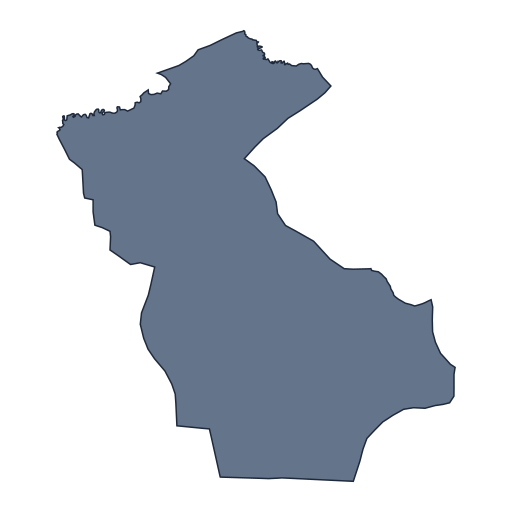 outline of Puncak, Papua, Indonesia
{"feature_id": "22746128B1222572676249", "entity_name": "Puncak", "entity_type": "district", "adm_level": 2, "iso_a3": "IDN", "parent_name": "Indonesia", "parent_adm1": "Papua", "projection": "albers", "projection_center": [137.288, -3.568], "detail": "fine", "context": "isolated", "style": "filled", "palette": "slate", "viewbox_px": 512, "rotation_deg": 0, "n_neighbors": 0, "source": "geoboundaries", "source_scale": "gbopen_adm2", "svg_char_len": 5018}
<svg xmlns="http://www.w3.org/2000/svg" viewBox="0 0 512 512"><path d="M171.3,383.1L171.8,384.1L175.2,394.0L175.9,403.7L175.9,404.0L176.9,425.8L203.5,428.4L209.4,428.9L211.6,438.5L220.2,477.0L220.8,477.1L260.2,478.3L268.5,478.6L276.9,478.2L282.0,477.9L290.9,478.3L321.8,479.8L353.3,481.3L359.8,461.4L360.3,459.6L361.7,454.0L363.1,448.8L366.9,438.4L374.6,430.2L382.8,421.9L387.6,418.8L392.7,415.4L403.6,409.3L413.5,407.7L424.1,408.2L424.9,408.3L435.3,405.5L438.3,405.1L443.0,404.4L449.6,402.8L453.9,396.2L454.0,388.5L454.0,374.3L455.1,367.4L450.4,364.3L447.0,360.5L443.4,356.5L441.5,354.4L440.6,353.5L435.4,342.2L433.8,336.2L432.6,331.8L432.5,328.5L432.4,323.8L432.3,320.2L432.4,315.9L432.7,306.9L431.1,299.7L428.5,300.9L424.9,302.7L422.5,303.7L418.0,305.1L414.7,306.0L410.8,304.6L405.3,303.2L401.4,300.9L398.6,299.3L395.9,297.3L393.8,295.4L393.1,292.7L390.8,288.8L390.3,286.3L387.1,281.4L386.2,278.9L383.5,276.3L381.7,274.3L378.4,271.8L374.2,271.1L371.6,270.4L370.9,268.6L369.8,268.8L353.0,269.2L344.2,268.7L331.2,259.9L330.1,259.2L313.6,241.2L295.6,231.0L285.5,225.5L277.6,213.7L276.1,202.0L273.2,194.8L271.4,190.2L265.1,176.9L254.2,165.9L244.3,158.7L254.9,147.0L263.2,138.7L275.4,129.8L277.2,128.5L288.0,118.3L300.1,110.7L304.7,107.6L317.2,99.2L324.9,92.8L330.9,86.0L322.6,77.2L317.4,68.6L315.6,69.3L313.8,69.0L312.7,68.1L312.2,67.2L311.6,65.7L310.5,64.3L308.7,63.4L307.3,63.5L303.2,63.8L301.7,63.5L300.9,63.6L299.7,64.0L298.7,64.3L297.4,65.2L296.3,66.0L294.9,65.9L294.1,65.8L291.7,65.6L290.8,64.9L290.0,64.3L289.6,64.0L289.1,64.0L288.7,64.3L288.2,64.2L287.8,63.9L287.7,63.2L287.4,63.1L287.0,63.5L286.1,63.9L285.3,64.6L284.8,64.7L284.5,64.2L284.8,63.3L284.6,62.8L284.4,62.2L284.2,61.3L283.8,61.3L283.3,61.8L282.8,62.4L282.4,63.0L281.7,63.0L281.1,62.8L281.6,61.9L281.2,60.8L280.9,60.7L279.8,60.8L279.3,61.0L278.7,61.5L277.9,61.4L277.9,62.3L277.6,62.7L277.0,62.9L276.1,62.2L276.0,61.5L275.2,61.0L274.2,62.1L274.3,63.0L273.0,63.6L272.2,63.3L272.7,62.6L272.8,61.9L272.0,61.7L271.8,62.1L271.5,62.8L270.7,62.8L269.9,62.1L269.1,60.7L268.7,60.3L268.2,59.1L267.9,58.9L266.5,59.6L266.0,59.5L264.9,59.1L263.6,59.2L263.2,58.7L263.3,58.3L263.7,57.9L264.7,58.3L265.2,57.8L265.1,57.5L264.3,56.2L263.9,55.9L263.2,55.9L263.1,55.5L263.5,55.2L264.5,54.9L264.6,54.2L264.5,53.6L264.1,52.9L262.9,52.4L262.5,52.0L262.0,50.8L261.7,50.1L261.3,49.9L259.6,50.4L259.0,50.3L258.1,49.9L257.6,49.3L257.6,49.0L258.1,48.7L259.6,48.3L261.3,47.6L262.1,47.1L262.1,46.8L261.7,46.6L260.3,46.2L259.1,46.1L258.5,46.3L258.1,47.0L257.7,47.2L257.4,47.1L257.3,46.6L257.5,45.6L257.1,44.7L256.9,43.7L256.9,43.2L258.0,42.6L258.4,42.0L258.1,41.8L257.6,41.9L256.8,41.7L256.4,40.6L255.9,40.2L255.5,40.3L254.6,40.2L254.0,39.9L252.8,39.9L251.9,39.0L250.6,38.9L249.1,38.3L248.1,37.8L247.4,36.8L246.2,36.4L245.9,35.7L245.8,34.5L245.0,34.2L244.7,33.4L244.9,32.5L244.5,31.1L243.7,30.7L243.0,31.2L242.6,31.4L236.3,32.9L221.5,39.8L210.2,45.4L205.0,47.3L198.1,49.8L193.8,55.8L185.7,61.5L178.9,65.5L166.5,69.9L157.4,73.1L161.4,74.6L165.2,77.1L165.7,77.5L170.6,83.8L168.8,86.6L168.6,89.6L166.3,91.2L162.5,91.0L160.8,93.8L157.1,93.1L154.0,94.4L150.9,94.6L148.6,93.5L148.2,89.9L145.6,91.7L144.0,92.7L141.9,95.0L140.1,96.5L140.9,98.9L140.8,101.6L139.2,102.8L137.2,102.2L135.2,102.7L135.1,104.5L135.1,105.1L133.9,108.1L130.3,109.8L127.6,111.1L126.1,110.3L124.7,109.6L122.5,109.6L120.3,109.9L119.5,107.0L118.7,106.9L118.3,106.8L117.4,106.8L117.0,107.5L117.0,108.3L117.4,109.3L117.4,111.0L116.6,112.2L116.5,112.3L114.7,113.2L113.0,113.2L111.6,112.8L110.4,112.3L109.3,112.1L107.8,112.2L105.7,112.4L104.8,112.9L104.7,113.6L104.4,114.4L102.8,114.8L102.2,113.6L102.6,112.5L104.0,111.6L104.4,110.6L103.9,109.7L103.0,109.4L101.8,110.1L101.7,110.1L101.0,111.3L100.9,112.2L100.8,112.7L99.5,112.8L98.9,112.1L98.8,111.1L98.7,109.7L98.2,109.1L96.9,109.2L96.2,109.6L95.2,110.9L94.4,112.0L93.9,113.8L94.3,115.5L92.9,115.5L92.3,114.1L91.8,113.6L90.9,113.3L90.0,113.7L89.6,114.8L89.1,116.3L88.6,117.9L87.0,117.5L86.4,115.9L85.7,114.7L85.1,114.3L83.5,114.7L82.6,115.6L81.5,117.0L80.8,116.6L79.4,115.2L78.2,113.9L77.5,114.0L76.6,114.1L75.8,114.7L75.5,115.0L75.1,116.4L73.4,117.3L72.8,116.5L74.0,115.6L74.1,114.0L73.1,113.6L71.7,114.0L70.3,114.9L68.5,115.4L67.2,115.8L67.0,117.4L66.9,118.9L66.7,119.9L66.6,120.0L65.5,120.5L64.3,120.0L64.5,119.0L64.4,117.4L64.3,116.1L63.4,115.9L62.8,116.4L62.7,116.5L62.9,117.6L63.2,118.7L63.1,119.5L62.5,120.5L62.7,121.5L62.8,123.5L63.8,124.5L63.1,125.9L61.3,127.4L59.7,127.3L58.6,127.7L59.4,128.3L60.0,129.8L58.9,130.8L58.0,131.2L57.4,131.6L57.0,132.2L57.4,133.2L56.9,134.2L59.3,139.3L64.7,149.6L69.5,159.3L74.4,162.9L82.2,169.6L82.8,179.9L83.5,193.2L84.7,198.0L93.1,199.8L93.1,211.3L93.1,211.9L94.9,225.2L102.2,227.6L110.0,231.3L110.6,236.7L110.0,250.0L119.7,256.7L122.0,258.4L129.0,263.4L130.6,264.5L140.2,262.7L154.7,267.0L151.1,283.4L150.8,284.8L148.3,295.2L144.8,304.3L142.8,309.5L141.5,312.9L141.1,316.9L140.7,320.3L140.3,324.3L143.7,338.3L146.3,344.7L148.0,349.1L154.5,358.7L165.0,371.1L171.3,383.1Z" fill="#64748b" stroke="#1e293b" stroke-width="1.5"/></svg>